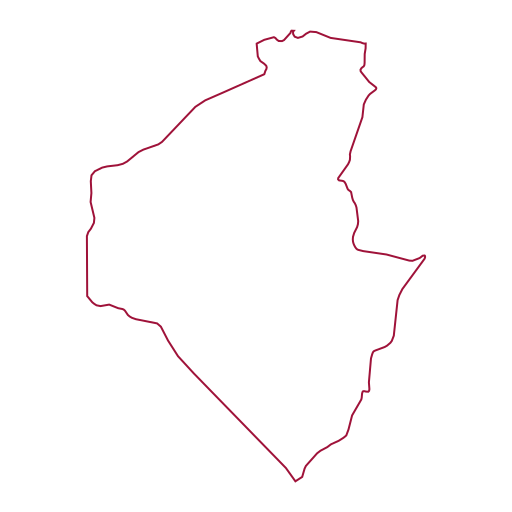 map outline of Siemréab (orthographic projection)
{"feature_id": "KHM-1781", "entity_name": "Siemréab", "entity_type": "Province", "adm_level": 1, "iso_a3": "KHM", "parent_name": "Cambodia", "parent_adm1": "", "projection": "orthographic", "projection_center": [104.194, 13.577], "detail": "fine", "context": "isolated", "style": "outline", "palette": "rose", "viewbox_px": 512, "rotation_deg": 0, "n_neighbors": 0, "source": "natural_earth", "source_scale": "10m", "svg_char_len": 2300}
<svg xmlns="http://www.w3.org/2000/svg" viewBox="0 0 512 512"><path d="M291.5,30.7L293.8,30.8L293.0,31.8L293.2,34.2L294.7,36.7L297.9,37.9L302.6,36.5L306.1,33.7L310.1,31.6L316.3,32.1L330.6,37.9L360.6,42.3L362.4,43.1L364.2,43.6L365.7,43.5L365.6,48.4L364.7,54.0L364.6,62.8L364.4,65.0L363.7,66.4L362.5,67.2L361.4,68.2L360.5,69.7L360.6,71.1L361.3,72.2L369.3,82.1L374.7,86.3L376.1,87.5L376.3,88.3L375.9,89.4L374.8,90.4L370.1,93.9L368.6,95.5L365.9,99.7L363.8,104.4L362.4,117.2L350.6,151.2L349.9,154.4L350.1,156.4L349.9,159.9L349.1,162.1L348.0,164.3L338.2,178.1L338.1,179.4L339.1,180.4L342.2,180.8L343.6,181.2L344.7,182.2L345.7,183.9L347.6,188.8L348.2,189.7L349.1,190.4L350.1,191.1L351.1,192.1L352.2,197.6L352.9,200.0L353.8,201.8L354.8,203.2L355.8,205.3L356.5,207.6L358.2,221.2L357.9,224.3L357.1,227.1L354.2,232.9L353.0,236.8L352.8,239.4L353.0,241.6L353.5,243.5L354.2,245.2L355.2,247.1L356.3,248.6L357.4,249.5L358.4,249.9L363.2,251.1L386.5,254.5L409.3,260.6L412.5,260.8L419.0,258.3L420.0,257.8L422.7,255.7L424.6,255.5L425.0,256.0L425.1,257.1L424.6,258.7L402.4,289.0L399.4,294.9L397.6,300.1L393.8,335.7L391.8,340.9L390.4,342.8L387.0,345.7L384.7,347.0L375.3,350.5L373.7,351.3L372.9,352.4L372.2,354.2L371.0,358.4L368.9,382.3L369.4,389.2L369.1,390.8L368.3,391.7L366.0,391.6L364.6,391.2L363.2,391.2L362.6,391.8L362.1,393.4L361.7,397.8L361.3,399.5L352.1,415.4L348.5,429.5L346.3,435.4L345.2,436.4L343.3,437.9L338.7,440.8L331.4,444.1L330.7,444.5L327.3,447.1L320.5,450.7L317.1,453.3L305.9,465.9L304.6,468.6L302.2,476.9L295.4,481.3L285.9,468.0L193.8,373.4L178.0,356.2L168.0,340.5L160.9,326.7L157.1,323.4L135.9,319.2L131.9,317.8L129.7,316.5L127.9,315.0L124.9,310.6L123.6,309.5L122.3,309.0L118.2,308.2L109.2,304.6L100.5,306.1L96.5,305.3L94.3,303.9L92.3,302.3L87.2,296.1L86.9,236.1L88.3,232.1L90.9,228.7L93.9,222.9L94.4,217.9L90.6,202.0L91.4,193.1L90.8,181.2L91.5,175.3L94.9,171.2L102.2,167.6L107.2,166.4L117.6,165.2L122.9,163.8L127.1,161.5L138.5,152.1L143.4,149.6L158.3,144.4L162.0,141.9L195.4,106.8L205.3,100.3L223.4,92.4L264.3,74.2L265.4,70.8L266.4,69.0L266.7,67.3L266.2,65.7L264.0,63.6L260.4,61.1L258.9,58.6L257.8,56.4L256.7,44.2L256.7,43.6L256.9,43.5L264.3,39.8L273.9,37.2L275.4,38.0L276.8,39.6L278.7,41.0L282.0,41.1L284.0,40.1L290.5,32.9L290.9,31.5L291.5,30.7Z" fill="none" stroke="#9f1239" stroke-width="2"/></svg>